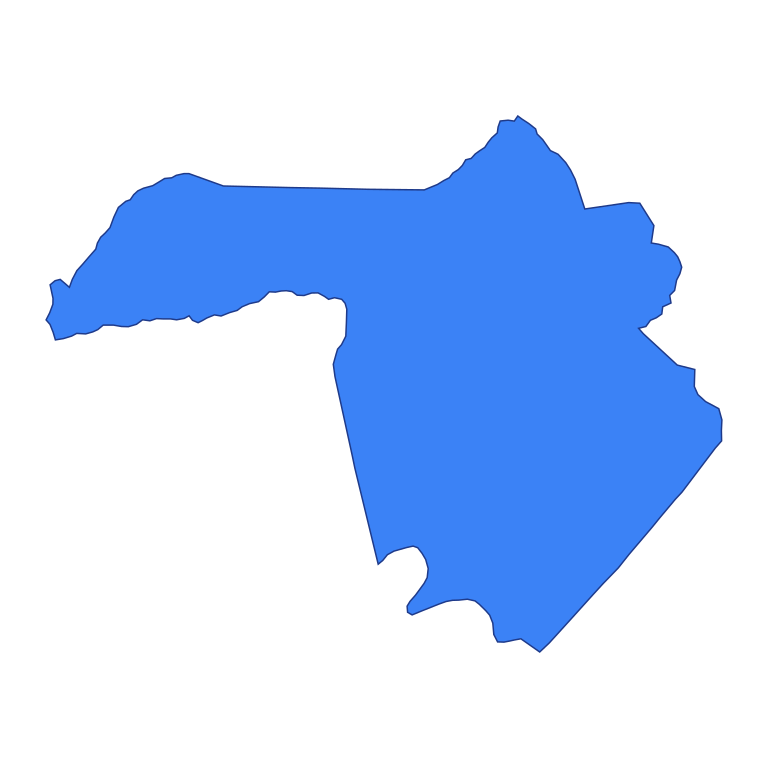 Iporã, Paraná, Brazil
{"feature_id": "56859067B57368215324073", "entity_name": "Iporã", "entity_type": "district", "adm_level": 2, "iso_a3": "BRA", "parent_name": "Brazil", "parent_adm1": "Paraná", "projection": "albers", "projection_center": [-53.762, -24.059], "detail": "fine", "context": "isolated", "style": "filled", "palette": "blue", "viewbox_px": 768, "rotation_deg": 0, "n_neighbors": 0, "source": "geoboundaries", "source_scale": "gbopen_adm2", "svg_char_len": 2580}
<svg xmlns="http://www.w3.org/2000/svg" viewBox="0 0 768 768"><path d="M50.1,284.8L53.0,298.3L52.9,304.2L49.7,312.8L46.1,319.9L50.0,324.4L53.1,332.2L55.4,339.9L63.4,338.6L71.6,336.1L76.7,333.4L85.7,333.9L92.8,331.9L97.8,329.6L103.2,325.1L113.4,325.1L121.6,326.5L128.3,326.7L136.5,324.3L142.6,319.8L149.9,320.8L156.5,318.6L162.9,318.9L170.4,318.9L176.6,319.8L184.3,318.4L189.1,315.8L192.5,320.3L198.1,322.7L202.5,320.5L206.8,318.0L214.4,314.9L221.1,316.0L229.6,312.6L237.2,310.4L242.2,306.7L249.6,303.6L258.5,301.7L264.2,297.0L269.3,291.8L275.5,292.1L281.1,291.0L286.3,290.7L292.2,291.6L297.1,295.2L304.0,295.5L311.7,293.0L318.1,292.9L324.5,296.4L328.6,299.3L334.5,297.7L341.7,299.3L345.1,303.3L346.8,309.2L346.4,322.7L345.8,336.2L341.5,344.7L337.6,349.1L336.0,354.5L333.3,364.3L335.0,376.7L350.7,448.5L352.5,456.8L354.8,467.9L378.2,564.2L382.8,560.4L387.4,554.7L394.0,551.1L406.7,547.5L413.1,546.1L417.7,547.7L422.1,553.4L425.7,559.5L428.2,568.5L427.2,577.6L424.1,583.4L415.6,595.0L410.0,601.4L407.1,606.2L407.6,612.3L412.1,614.9L422.3,610.7L438.6,604.2L446.1,601.5L452.5,600.3L458.9,600.1L467.4,599.2L475.0,600.9L479.2,604.2L485.8,610.7L489.7,615.2L492.8,623.1L493.8,634.5L497.6,641.9L504.0,642.1L509.3,641.1L514.7,639.9L520.9,638.8L539.7,652.0L549.4,642.8L570.1,620.0L593.4,594.2L603.2,583.5L618.3,567.9L629.1,554.3L652.4,526.9L659.7,517.9L675.3,499.3L682.0,492.1L699.0,469.6L715.2,448.2L721.6,440.9L721.4,430.5L721.9,419.9L718.8,408.7L705.6,401.6L697.9,394.6L694.3,386.5L694.8,369.5L677.3,365.1L643.3,333.7L638.6,328.3L645.9,326.5L650.4,320.3L656.3,317.8L661.8,314.0L662.7,306.8L671.0,303.0L669.7,295.4L674.6,290.5L676.6,280.1L679.9,273.7L681.7,267.2L679.9,261.7L677.7,256.8L674.4,252.7L668.3,247.0L658.5,244.2L651.3,243.0L653.9,225.6L650.8,220.7L639.8,203.2L628.7,202.6L584.8,209.0L575.1,179.2L570.5,170.0L565.8,162.7L558.1,154.3L550.4,150.6L542.7,139.6L537.1,134.0L535.6,128.9L528.6,123.4L522.0,119.1L517.8,116.0L514.3,121.1L508.1,120.2L500.2,121.0L498.1,127.0L497.3,132.9L491.9,137.7L488.3,142.1L484.8,147.4L479.6,150.8L475.3,153.9L471.2,158.4L465.7,159.8L462.4,165.4L458.3,169.6L452.9,173.0L449.4,177.7L443.7,180.6L437.4,184.5L432.0,186.7L424.3,189.9L368.1,189.3L319.4,188.1L290.9,187.6L223.4,186.0L188.9,173.6L184.0,173.6L176.3,175.3L171.7,177.8L164.6,178.5L158.4,182.3L152.7,185.7L143.5,188.2L137.8,190.9L133.7,194.7L130.2,199.8L125.8,201.3L118.4,207.4L113.9,217.0L110.0,227.6L105.3,232.9L100.7,237.2L97.4,243.1L95.8,249.1L89.2,256.6L82.7,264.2L76.9,270.6L72.3,279.4L69.4,287.3L60.2,279.4L55.1,280.7L50.1,284.8Z" fill="#3b82f6" stroke="#1e3a8a" stroke-width="1.5"/></svg>